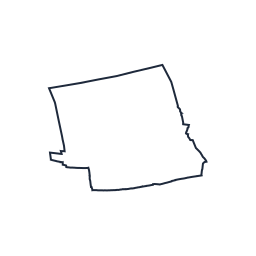 Wassenaar, Zuid-Holland, Netherlands (Natural Earth projection), rotated 35°
{"feature_id": "6326949B22720644545948", "entity_name": "Wassenaar", "entity_type": "district", "adm_level": 2, "iso_a3": "NLD", "parent_name": "Netherlands", "parent_adm1": "Zuid-Holland", "projection": "natural_earth1", "projection_center": [4.386, 52.144], "detail": "fine", "context": "isolated", "style": "outline", "palette": "slate", "viewbox_px": 256, "rotation_deg": 35, "n_neighbors": 0, "source": "geoboundaries", "source_scale": "gbopen_adm2", "svg_char_len": 4950}
<svg xmlns="http://www.w3.org/2000/svg" viewBox="0 0 256 256"><g transform="rotate(35 128 128)"><path d="M134.5,199.4L134.8,199.1L135.1,198.9L136.2,198.1L137.3,197.3L137.6,197.1L137.8,197.0L138.2,196.8L139.1,196.3L141.9,194.4L142.7,193.8L143.9,193.1L144.1,192.9L144.3,192.7L144.7,192.4L146.1,191.5L146.6,191.2L147.8,190.2L149.0,189.4L149.6,188.8L149.9,188.6L150.4,188.3L150.7,188.0L151.0,187.8L151.3,187.6L151.6,187.3L152.2,186.9L152.5,186.7L153.0,186.3L153.2,186.1L153.4,186.0L153.6,185.9L153.8,185.6L154.0,185.5L154.1,185.3L154.4,185.1L154.6,184.9L155.1,184.6L155.4,184.4L155.6,184.3L155.7,184.2L155.8,184.1L156.6,183.3L156.7,183.2L156.8,183.1L156.9,182.9L157.2,182.7L157.6,182.4L157.9,182.1L158.3,181.7L158.9,181.0L159.0,181.0L159.3,180.9L160.2,180.1L160.5,180.0L160.8,179.8L161.2,179.3L161.5,179.3L161.6,179.2L162.0,178.8L162.1,178.7L162.4,178.4L162.6,178.3L163.1,177.9L163.3,177.6L163.9,177.1L164.1,176.8L164.9,176.0L165.0,176.0L165.4,175.7L165.6,175.4L165.8,175.2L166.2,175.0L166.6,174.8L166.9,174.4L167.1,174.2L167.4,173.9L167.7,173.7L167.8,173.5L168.0,173.2L168.3,172.9L168.6,172.6L169.2,172.0L169.7,171.5L170.0,171.2L170.2,170.9L171.2,170.1L171.5,169.7L171.9,169.3L172.1,169.1L172.3,169.0L172.3,168.8L172.4,168.7L172.5,168.6L172.7,168.4L173.3,167.6L173.5,167.7L174.1,167.1L175.2,166.0L176.2,165.1L176.2,164.9L177.0,164.2L178.6,162.7L179.7,161.5L181.0,160.2L180.7,159.7L181.8,158.7L183.1,157.9L183.6,157.6L184.6,157.0L184.9,156.9L185.3,156.6L185.5,156.5L185.7,156.4L185.8,156.3L186.4,156.1L187.1,155.2L188.2,154.0L189.9,151.9L191.7,149.9L191.9,149.6L192.3,149.1L192.9,148.4L193.4,147.8L194.3,146.7L194.2,146.4L194.3,146.2L195.2,145.3L196.7,143.6L196.6,143.4L198.8,141.1L199.0,140.9L201.1,138.8L202.2,137.8L202.8,137.2L203.5,136.5L204.0,135.9L204.4,135.5L205.5,134.2L205.8,134.0L206.9,132.9L208.6,131.2L212.0,128.0L212.0,127.9L212.5,127.5L213.0,127.0L214.5,125.6L215.3,124.8L215.5,124.6L214.8,124.0L214.7,123.8L214.5,123.4L214.2,122.8L213.4,121.4L212.6,119.8L212.6,119.4L212.2,118.5L210.7,115.8L209.8,114.1L210.0,112.9L210.2,112.0L211.6,110.6L211.2,110.3L210.7,110.0L210.5,109.9L210.3,109.8L209.8,109.7L209.6,109.7L209.1,109.4L208.7,109.3L208.1,109.1L207.7,109.0L206.9,108.9L206.2,108.8L205.3,108.5L205.1,108.4L204.6,108.0L204.3,107.9L202.8,107.3L202.2,107.0L201.4,106.6L201.2,106.6L200.9,106.5L199.6,106.2L196.2,105.6L195.6,105.5L195.3,105.5L195.1,105.4L194.9,105.3L191.5,103.1L191.0,102.8L188.0,100.8L187.8,100.9L187.7,101.0L187.3,101.2L187.0,101.5L186.8,101.6L186.5,101.7L186.4,101.9L186.2,102.0L185.8,102.1L185.7,102.1L185.6,101.9L185.4,101.9L185.2,101.8L184.8,101.6L184.5,101.4L184.0,101.2L183.7,101.1L182.7,100.9L182.1,100.5L181.8,100.2L181.6,100.1L181.5,99.9L181.4,99.8L181.3,99.6L181.1,99.4L181.0,99.2L180.8,98.9L180.6,98.8L180.6,98.7L180.3,98.8L179.6,99.1L179.3,99.2L179.2,99.2L178.8,99.2L178.7,99.2L178.6,98.8L178.5,98.6L178.3,98.4L178.1,98.2L178.1,97.8L178.1,97.6L178.0,97.4L178.0,97.2L177.9,97.0L177.9,96.6L177.8,96.4L177.7,96.1L177.6,95.7L177.6,95.4L177.5,95.1L176.9,94.2L176.8,93.9L176.9,93.7L177.0,93.5L177.1,93.2L177.1,92.9L177.1,92.7L176.9,92.3L176.9,92.2L176.6,91.9L176.4,91.4L176.3,91.1L176.2,91.0L176.1,90.6L174.4,91.5L171.0,93.3L170.9,93.2L170.3,92.2L170.2,92.0L165.8,87.8L164.6,86.9L164.4,87.0L163.4,85.9L163.5,85.8L162.9,85.2L163.0,85.1L162.9,85.1L162.6,85.0L162.4,84.9L162.2,84.9L161.8,84.7L161.6,84.6L161.4,84.5L161.3,84.4L161.1,84.4L160.9,84.2L160.8,83.9L160.4,83.5L160.3,83.3L160.0,83.0L159.9,83.0L159.6,82.8L159.3,82.8L159.0,82.7L158.7,82.6L157.8,82.5L157.0,82.4L156.8,82.3L156.6,82.2L156.4,81.8L156.3,81.7L156.3,81.4L156.0,81.1L143.1,70.4L137.1,65.5L136.2,65.0L120.0,56.6L112.2,65.5L100.4,78.7L88.9,92.0L75.9,105.2L63.1,118.5L40.5,140.7L53.3,148.9L54.6,150.0L67.0,161.7L78.7,172.6L81.4,175.3L81.9,175.7L85.8,179.3L89.4,183.4L88.8,183.7L87.4,184.7L87.2,184.8L87.1,185.0L86.9,185.1L86.7,185.2L86.4,185.3L86.2,185.4L88.5,187.3L88.2,187.5L86.4,188.5L85.4,189.0L80.8,191.5L78.2,192.9L79.1,193.9L80.6,195.5L81.6,196.6L82.9,198.0L83.0,198.2L83.3,198.1L83.5,198.0L84.0,197.9L86.0,197.1L88.3,196.2L89.0,196.0L89.6,195.7L92.0,194.6L92.4,194.4L92.5,194.6L92.8,194.4L93.3,194.1L93.6,193.9L93.9,193.8L94.1,193.5L94.6,194.1L95.2,194.9L95.6,195.5L96.7,195.0L97.2,194.8L97.6,194.7L98.0,194.5L98.2,194.4L98.7,194.2L98.8,194.2L99.1,194.5L99.9,195.4L101.3,194.7L101.7,194.4L103.5,193.5L104.6,192.7L104.8,192.6L106.3,191.6L108.7,190.2L112.9,187.4L114.5,186.4L116.4,185.0L117.7,184.0L118.3,183.3L118.5,183.5L118.4,183.5L118.5,183.5L118.9,183.8L119.1,183.9L120.1,184.8L120.3,184.9L120.4,185.0L121.1,185.8L121.4,186.1L121.7,186.4L123.6,188.6L123.7,188.8L123.7,189.0L123.8,189.1L124.0,189.0L124.2,189.3L124.5,189.6L124.6,189.9L124.8,190.2L125.0,190.5L125.3,190.9L125.5,191.2L125.8,191.7L126.0,191.9L126.6,192.3L126.9,192.6L127.3,192.9L128.2,193.9L129.6,195.5L129.8,195.7L130.0,195.9L130.7,196.7L131.1,197.0L131.5,197.5L131.9,197.2L132.4,197.6L133.5,198.4L134.1,198.9L134.5,199.4Z" fill="none" stroke="#1e293b" stroke-width="2"/></g></svg>